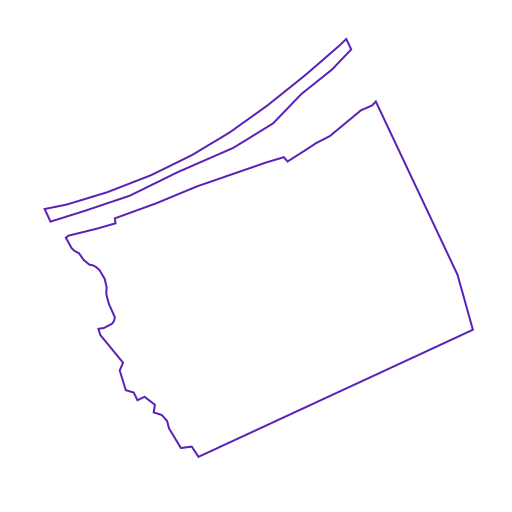 outline of Kenedy, Texas, United States of America, rotated 245°
{"feature_id": "52423323B29588841600752", "entity_name": "Kenedy", "entity_type": "district", "adm_level": 2, "iso_a3": "USA", "parent_name": "United States of America", "parent_adm1": "Texas", "projection": "orthographic", "projection_center": [-97.553, 26.941], "detail": "fine", "context": "isolated", "style": "outline", "palette": "violet", "viewbox_px": 512, "rotation_deg": 245, "n_neighbors": 0, "source": "geoboundaries", "source_scale": "gbopen_adm2", "svg_char_len": 1045}
<svg xmlns="http://www.w3.org/2000/svg" viewBox="0 0 512 512"><g transform="rotate(245 256 256)"><path d="M345.4,429.9L343.4,425.0L343.7,412.7L333.5,373.7L332.9,358.0L331.5,348.9L328.3,324.5L333.8,323.0L336.6,303.8L339.9,271.6L344.0,232.5L346.0,187.0L349.8,144.0L345.0,142.5L348.1,122.9L353.7,94.6L352.9,91.4L341.0,92.2L337.3,93.7L333.4,96.7L325.2,98.2L318.4,101.4L317.0,103.7L314.1,106.1L309.4,108.2L299.1,109.2L290.8,107.4L285.0,104.3L281.1,103.5L274.4,102.4L260.1,102.2L257.3,100.1L255.5,97.0L255.0,87.9L256.6,82.4L250.3,81.5L215.5,90.4L209.8,84.1L189.4,81.3L183.9,87.5L175.4,87.6L175.5,95.5L163.9,101.5L157.5,97.2L151.7,103.4L144.1,105.7L136.5,104.3L113.7,106.8L110.4,117.2L98.3,119.0L97.7,337.3L97.5,421.4L110.2,423.5L153.8,430.7L345.4,429.9ZM414.5,429.5L411.5,420.6L399.3,377.9L387.6,329.9L379.1,284.2L374.5,240.4L373.6,195.3L376.7,148.0L382.6,106.3L387.9,84.3L374.0,84.3L369.2,120.7L364.0,167.3L365.1,220.7L363.6,281.2L369.0,327.6L383.7,365.8L392.9,403.8L403.0,429.6L414.5,429.5Z" fill="none" stroke="#5b21b6" stroke-width="2"/></g></svg>